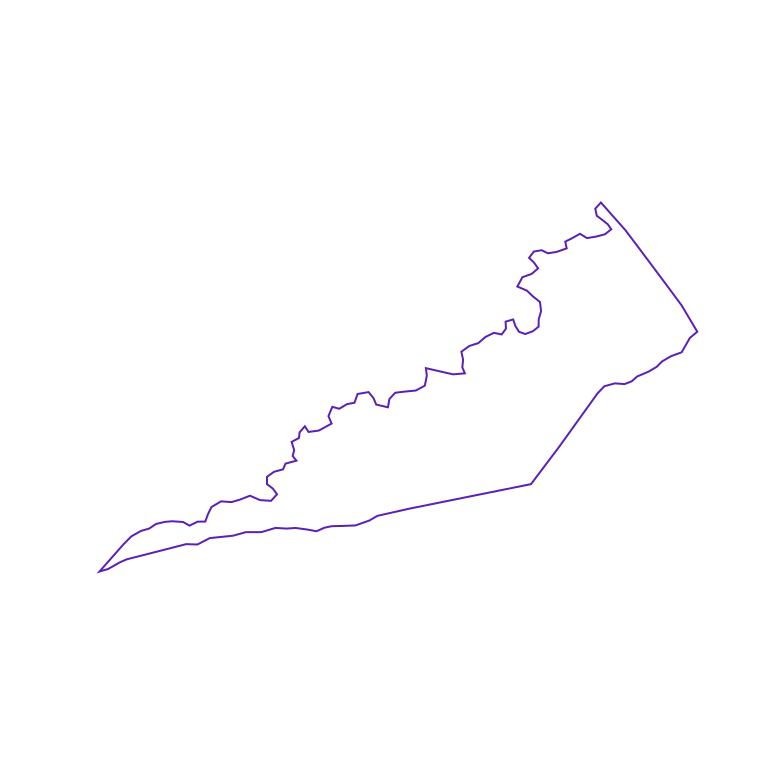 São Miguel do Aleixo, Sergipe, Brazil (Equal Earth projection), rotated 258°
{"feature_id": "56859067B31115724178454", "entity_name": "São Miguel do Aleixo", "entity_type": "district", "adm_level": 2, "iso_a3": "BRA", "parent_name": "Brazil", "parent_adm1": "Sergipe", "projection": "equal_earth", "projection_center": [-37.356, -10.368], "detail": "fine", "context": "isolated", "style": "outline", "palette": "violet", "viewbox_px": 768, "rotation_deg": 258, "n_neighbors": 0, "source": "geoboundaries", "source_scale": "gbopen_adm2", "svg_char_len": 1876}
<svg xmlns="http://www.w3.org/2000/svg" viewBox="0 0 768 768"><g transform="rotate(258 384 384)"><path d="M281.4,95.9L259.7,66.7L260.4,75.7L264.5,88.6L266.0,95.9L268.5,157.2L265.8,168.1L269.5,181.5L267.0,204.9L267.8,218.1L264.6,233.4L265.8,247.9L262.8,258.8L261.6,267.5L257.6,278.7L254.0,287.3L255.8,295.8L255.8,303.2L253.7,314.4L251.6,326.6L253.5,341.3L256.4,350.1L256.8,382.2L255.5,507.0L286.8,543.0L330.6,591.1L336.0,599.1L336.6,610.0L333.9,619.3L335.1,626.8L338.7,633.1L341.1,645.4L344.1,654.3L348.3,660.7L351.6,670.8L353.1,681.7L365.5,692.8L370.0,701.3L398.9,691.5L420.0,681.9L463.1,662.0L484.1,652.2L516.4,633.9L511.6,627.1L504.3,627.1L498.7,632.0L493.7,636.1L488.1,638.5L484.5,631.2L484.1,622.2L484.5,612.9L490.2,606.9L487.5,598.3L485.6,590.9L478.7,590.9L477.3,580.0L477.8,571.5L482.1,566.0L482.4,558.1L477.2,552.1L472.1,555.7L465.1,558.8L461.0,551.3L459.7,541.6L451.6,534.7L445.6,543.2L438.7,547.9L431.8,553.6L422.7,552.8L414.9,548.7L408.0,547.2L404.7,540.7L403.5,532.6L407.0,526.9L413.4,524.6L420.3,523.8L419.7,515.9L412.8,514.8L408.0,509.4L411.2,502.1L408.9,493.0L404.4,484.8L403.5,475.4L399.5,466.4L391.2,466.4L384.1,464.1L377.6,465.3L379.1,453.5L385.1,440.5L390.8,428.3L383.2,427.6L373.9,423.6L371.0,413.8L372.2,403.2L373.1,393.1L368.2,386.2L360.4,383.0L365.5,372.1L372.4,370.8L379.3,367.2L379.7,356.1L371.8,351.2L372.0,343.7L369.1,335.1L372.4,328.7L364.1,323.0L356.2,324.5L354.1,317.6L352.0,310.5L352.8,300.2L359.1,297.8L354.3,291.4L348.9,289.6L346.6,281.6L338.0,282.4L332.6,279.7L327.2,282.4L326.6,271.1L321.5,267.5L321.0,258.2L317.6,250.3L310.4,248.7L304.7,253.6L298.3,256.4L293.2,249.2L296.2,238.6L302.6,229.7L300.8,218.7L300.2,210.2L303.1,200.2L299.5,189.6L293.2,184.7L286.6,180.6L288.1,173.0L285.9,164.3L290.8,158.8L293.8,148.2L294.7,140.9L294.5,131.9L291.4,124.2L290.8,115.7L287.5,105.2L281.4,95.9Z" fill="none" stroke="#5b21b6" stroke-width="2"/></g></svg>